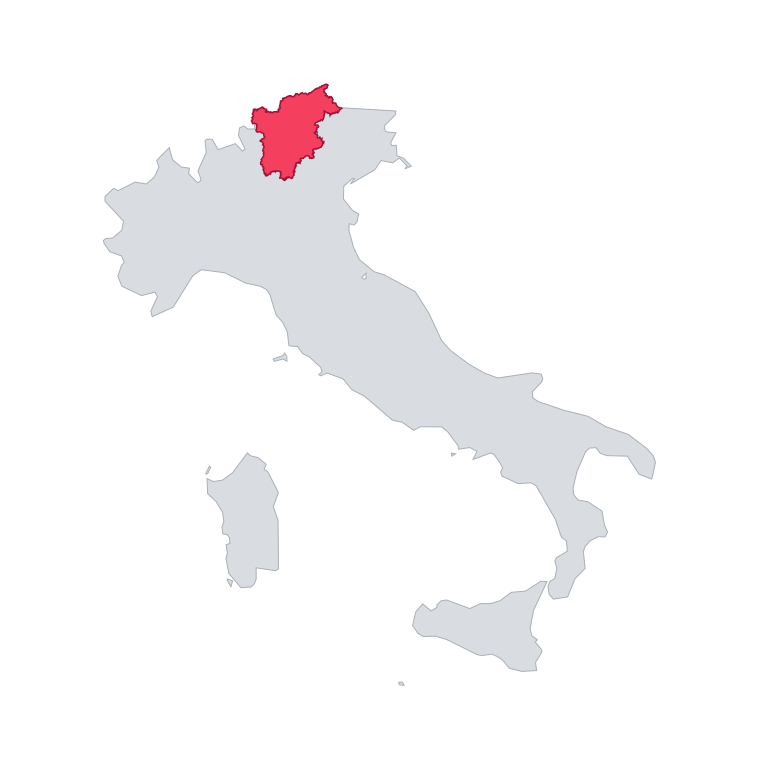 location of Trentino-Alto Adige, Bozen, Italy, rotated 352°
{"feature_id": "23120603B10307341449000", "entity_name": "Trentino-Alto Adige", "entity_type": "district", "adm_level": 2, "iso_a3": "ITA", "parent_name": "Italy", "parent_adm1": "Bozen", "projection": "mercator", "projection_center": [11.286, 46.382], "detail": "fine", "context": "in_parent", "style": "filled", "palette": "rose", "viewbox_px": 768, "rotation_deg": 352, "n_neighbors": 0, "source": "geoboundaries", "source_scale": "gbopen_adm2", "svg_char_len": 9600}
<svg xmlns="http://www.w3.org/2000/svg" viewBox="0 0 768 768"><g transform="rotate(352 384 384)"><path d="M143.3,152.7L147.9,155.5L165.8,149.4L176.6,152.9L185.5,147.0L191.3,137.9L190.0,131.0L204.2,120.0L205.8,132.6L213.7,141.1L221.4,143.2L219.7,148.3L227.3,158.7L230.3,157.7L231.3,155.8L229.4,147.1L240.2,130.0L240.6,118.2L242.6,116.9L247.9,117.7L252.3,128.8L270.2,125.3L276.3,133.7L279.1,132.1L274.5,117.7L276.6,110.3L281.3,108.9L284.6,112.5L291.5,113.4L291.9,109.1L290.1,106.2L292.5,93.5L302.8,94.6L308.9,99.2L316.0,99.0L322.1,88.9L326.9,86.4L350.0,85.7L367.2,79.6L368.5,81.0L365.5,85.8L366.5,89.0L376.7,103.8L433.7,115.3L432.8,118.9L420.7,128.1L419.7,131.6L421.6,134.7L430.8,136.9L424.4,145.6L424.5,148.8L429.4,149.3L428.6,159.8L434.7,163.0L441.3,172.1L434.6,173.8L437.3,171.3L430.6,162.4L423.5,166.2L412.2,162.3L404.6,170.7L378.6,181.2L383.1,176.4L381.2,176.3L371.7,182.5L369.6,195.2L376.9,207.6L382.5,212.1L379.9,219.6L376.5,222.5L371.9,220.4L370.6,227.1L373.0,245.0L377.0,257.5L389.8,271.4L399.2,275.8L427.8,296.9L438.3,320.3L447.2,349.4L454.7,360.3L470.3,375.7L484.4,386.9L497.6,393.9L532.2,393.6L540.9,396.1L542.0,400.9L540.3,404.1L530.0,412.1L529.4,418.5L534.3,422.9L557.7,434.7L581.7,444.5L597.9,457.3L618.8,467.9L635.0,484.2L640.8,492.7L641.9,499.3L637.8,510.7L635.7,515.4L624.1,508.9L614.9,489.3L594.5,485.9L588.4,482.6L585.1,476.6L578.6,476.0L574.1,479.2L562.9,497.5L556.8,513.2L556.4,519.6L559.7,525.7L569.6,529.1L582.2,540.3L582.6,554.0L584.8,561.8L581.5,566.2L575.1,565.0L566.6,567.8L560.6,572.8L558.1,577.6L557.5,594.6L546.0,603.4L536.2,620.4L521.8,620.6L518.3,615.3L518.2,607.5L520.7,602.7L526.0,600.5L529.6,590.4L528.5,583.2L530.6,580.0L542.3,575.1L542.9,564.9L538.4,560.3L534.8,541.8L520.4,505.8L515.7,502.3L503.1,501.3L488.1,491.7L487.2,487.7L489.7,483.8L488.0,478.5L483.3,469.3L480.1,467.1L461.6,471.1L466.8,463.7L460.2,458.9L448.7,458.9L448.8,455.6L440.7,440.6L435.2,434.5L414.0,431.4L407.1,434.0L396.7,424.5L387.2,420.9L363.1,393.5L351.4,385.2L344.0,373.1L329.2,365.2L322.4,367.1L320.8,365.6L324.3,363.2L323.6,358.6L313.6,346.5L307.7,342.6L303.6,334.8L295.2,333.0L295.5,318.9L292.3,308.9L286.7,300.4L283.5,280.0L281.0,274.2L274.9,269.9L261.1,264.9L241.9,251.7L219.1,245.4L209.8,250.1L186.0,278.5L163.8,285.1L163.3,279.2L171.8,266.0L170.0,261.1L156.2,262.7L138.0,250.7L135.5,240.1L140.6,229.9L143.7,227.5L142.0,220.7L130.9,214.9L126.4,205.9L126.1,202.8L129.0,201.2L135.5,201.7L145.7,195.3L148.7,186.5L133.2,164.2L133.8,159.6L143.3,152.7ZM380.9,277.0L381.7,271.7L377.0,275.0L378.3,277.5L380.9,277.0ZM517.9,602.4L500.5,629.1L494.6,647.0L495.3,653.8L500.3,658.7L497.8,660.6L503.1,669.0L503.1,671.3L495.3,680.8L495.2,689.0L480.5,687.8L468.6,683.0L462.7,673.5L458.0,669.5L453.0,666.4L442.7,666.6L438.1,664.6L410.7,645.9L400.0,640.9L387.6,639.5L382.7,635.4L378.7,627.2L383.6,614.3L391.7,607.1L399.0,615.3L405.4,612.6L405.7,610.0L410.2,606.7L415.9,606.6L437.6,618.3L448.9,615.0L459.3,616.3L468.8,614.7L481.1,608.0L495.4,608.8L511.9,601.1L517.9,602.4ZM256.8,454.9L264.3,476.8L257.3,490.0L260.1,504.3L253.8,552.3L250.5,553.8L231.8,548.2L230.3,559.2L227.9,563.7L224.2,566.5L214.0,565.8L204.0,550.1L203.2,534.6L205.3,530.0L205.4,521.0L209.3,520.5L209.6,514.4L207.4,511.1L203.6,510.0L203.6,503.1L206.3,497.9L206.3,488.6L201.2,476.8L194.1,468.1L195.6,453.1L201.6,456.9L210.7,456.7L221.5,451.0L239.2,433.2L241.6,436.4L249.1,439.4L256.1,447.1L253.4,452.0L256.8,454.9ZM290.0,339.5L291.6,343.1L291.0,348.0L287.4,345.2L278.5,346.3L277.6,343.8L288.4,341.6L290.0,339.5ZM206.7,557.9L204.2,563.4L201.4,556.1L201.8,555.2L206.7,557.9ZM200.8,442.2L196.8,448.4L194.8,448.2L199.7,441.1L200.8,442.2ZM362.0,685.2L357.2,684.0L357.0,681.4L360.8,681.8L362.0,685.2ZM445.1,463.1L441.0,464.8L441.2,461.8L445.1,463.1Z" fill="#d9dde1" stroke="#a8b0b8" stroke-width="1"/><path d="M308.7,158.2L311.2,159.5L311.4,159.8L310.9,160.3L310.8,161.3L311.3,162.1L311.0,162.3L310.9,162.8L310.5,162.8L310.3,164.1L309.8,164.6L309.5,165.6L311.1,165.7L311.7,166.2L312.7,166.5L313.1,166.8L312.5,167.5L313.5,168.4L313.9,168.4L314.1,167.7L314.7,167.6L315.1,166.7L315.2,167.0L314.9,168.0L315.9,167.3L315.8,167.1L316.2,166.8L316.0,166.3L316.6,166.1L316.8,165.6L317.0,165.6L317.0,166.4L318.1,166.4L318.7,165.6L319.1,166.2L320.4,167.2L321.3,167.0L321.6,167.1L321.6,167.4L322.3,167.0L322.3,166.2L322.6,165.7L324.1,164.4L323.9,163.7L324.1,162.7L323.8,161.4L324.6,161.7L325.2,161.5L324.7,160.9L325.0,160.5L324.6,160.4L324.5,159.7L325.1,158.9L325.8,158.5L325.9,157.5L326.7,157.0L326.9,155.7L326.5,155.6L327.0,155.1L327.4,155.3L327.1,154.3L327.6,154.0L327.7,153.2L328.1,153.3L328.3,153.1L329.5,153.2L329.3,152.3L329.4,151.9L329.5,152.6L329.9,152.4L330.2,153.1L331.5,153.7L331.3,153.0L331.9,152.7L331.9,151.6L332.9,151.6L333.0,151.1L332.5,149.7L332.5,149.1L335.7,149.2L336.7,148.2L337.3,148.2L337.5,147.5L338.1,147.4L339.7,147.2L341.4,147.6L341.8,150.0L342.3,149.8L342.9,150.1L343.3,149.8L343.7,150.0L343.6,150.5L345.6,150.3L346.1,150.0L346.0,149.1L346.3,148.7L345.7,147.9L345.6,147.4L345.6,147.2L345.3,147.0L345.9,146.3L345.6,146.2L345.3,145.7L345.8,145.2L347.0,145.2L346.9,144.6L346.2,143.9L346.0,143.2L346.1,142.2L346.9,142.4L347.5,141.6L348.5,141.4L349.0,141.4L349.3,142.0L349.9,141.4L350.2,141.6L351.7,141.6L351.9,141.3L354.7,140.7L355.6,139.7L355.5,139.4L356.4,138.7L356.2,138.3L356.7,137.6L356.7,137.0L357.6,137.4L357.6,136.6L358.1,136.3L358.2,135.5L357.1,135.6L356.5,134.4L355.9,134.0L356.7,132.4L356.4,132.5L355.6,132.0L355.1,132.2L354.8,131.7L354.9,130.9L354.8,130.5L353.8,131.0L352.7,131.1L352.2,130.2L352.9,128.8L352.5,128.4L352.5,127.6L351.2,127.1L351.2,126.5L350.2,126.1L350.0,125.5L350.7,124.9L351.2,125.1L351.7,124.9L352.0,124.4L352.7,125.1L352.5,123.7L352.6,122.9L353.0,122.3L352.7,121.9L353.1,121.4L353.3,120.7L354.2,120.8L355.0,120.2L354.9,118.8L354.4,118.4L351.7,118.0L351.5,117.5L351.8,116.6L353.2,115.5L355.0,115.1L356.0,114.5L357.4,114.7L357.6,114.1L358.3,113.8L359.2,113.7L359.7,114.5L361.0,112.7L361.3,111.7L361.8,111.2L361.9,110.3L361.7,109.8L362.0,109.6L362.1,109.1L362.6,108.9L362.8,107.7L363.0,107.6L362.7,106.9L362.9,106.5L362.8,105.5L364.4,106.5L365.3,107.4L365.8,107.5L366.1,108.1L366.8,107.9L367.2,108.1L367.7,108.9L368.3,108.9L368.1,110.6L369.0,109.7L370.3,109.2L370.4,108.7L371.1,108.4L371.5,108.9L372.1,109.1L373.1,109.1L373.5,108.7L373.5,108.4L374.4,108.5L374.5,108.2L374.9,108.7L375.4,109.0L376.5,108.8L376.7,108.5L376.2,107.9L376.3,107.6L377.4,107.5L378.7,105.9L380.6,105.2L380.4,104.8L379.0,104.7L378.3,104.0L377.8,103.9L376.5,102.9L375.8,101.4L375.3,99.2L373.2,98.6L372.1,98.7L372.0,98.1L372.5,97.4L372.1,96.6L373.1,95.4L373.1,95.0L372.7,94.8L372.4,94.0L372.5,93.4L371.8,93.0L371.9,92.6L371.7,92.2L370.3,91.8L369.9,92.5L369.4,92.5L369.2,92.9L368.4,92.0L368.5,91.5L368.1,90.8L367.2,90.6L366.8,90.8L366.1,90.3L366.5,90.1L367.1,88.8L366.7,88.0L365.8,87.6L365.5,87.2L365.8,86.0L365.3,85.8L365.4,85.3L365.1,84.4L366.2,83.3L367.0,83.7L367.6,83.2L368.7,83.1L369.2,82.0L369.2,81.1L370.2,80.4L369.6,79.6L367.9,79.0L366.8,79.6L365.7,79.7L365.0,80.2L364.0,79.9L363.4,80.5L363.1,81.1L361.7,80.9L360.7,81.9L358.9,81.7L358.4,82.3L357.8,82.1L357.5,82.7L356.8,82.5L356.1,82.8L355.1,83.8L353.7,84.3L352.7,85.3L350.3,85.4L349.6,86.6L348.8,86.8L348.0,86.6L347.2,85.3L346.2,85.1L345.2,85.4L343.9,84.7L343.6,84.1L341.9,84.6L341.6,84.8L341.6,85.0L339.8,85.9L338.6,84.5L337.1,84.2L336.8,84.7L336.7,85.2L336.0,85.4L335.5,86.4L333.9,87.1L332.9,86.7L331.9,85.5L331.3,85.5L331.0,85.8L330.2,85.3L329.7,85.9L329.0,85.7L327.7,86.1L327.4,86.5L325.9,86.8L325.3,87.2L324.8,86.8L324.0,87.2L323.4,87.1L323.4,88.0L323.6,88.4L323.5,88.6L322.4,89.5L321.3,89.3L321.1,89.5L321.0,90.2L320.5,90.4L320.5,91.8L319.4,94.2L319.5,94.8L319.4,95.2L319.7,95.4L319.9,96.2L318.8,97.0L318.0,97.3L318.2,97.5L317.8,98.0L317.3,99.8L316.9,99.4L315.7,99.7L315.2,99.3L313.0,99.2L311.2,99.9L310.6,99.8L310.5,99.3L309.9,99.2L309.4,98.7L309.0,98.8L308.7,99.3L308.2,99.1L307.0,97.8L305.8,98.5L304.6,98.4L304.4,97.7L305.2,97.3L305.5,96.7L306.0,96.1L305.6,95.5L304.3,95.2L304.0,94.6L303.0,94.3L303.1,93.6L302.0,93.1L301.9,92.8L301.2,93.3L298.7,93.9L298.4,94.4L296.6,95.2L297.0,94.5L295.5,94.7L294.3,94.5L294.3,94.3L294.2,94.4L293.7,93.9L293.2,94.1L293.3,94.5L293.0,94.9L293.1,95.3L292.7,95.6L292.7,96.6L292.4,97.3L291.5,97.8L291.2,98.3L292.0,99.4L292.0,100.6L290.2,101.8L291.0,102.8L290.9,103.4L290.3,103.6L289.9,104.6L289.4,104.9L289.9,105.8L289.8,106.7L290.3,108.0L292.2,107.7L294.2,109.3L293.9,110.0L294.0,110.4L293.8,110.7L294.0,110.9L293.9,111.7L293.5,112.4L293.6,112.9L293.4,113.8L292.8,114.0L292.5,114.6L292.7,115.9L293.5,116.9L293.9,117.0L294.3,116.7L296.7,117.1L297.9,118.3L298.9,118.6L299.8,119.9L299.6,120.2L299.7,121.9L300.0,122.4L300.3,122.8L299.2,123.8L299.2,124.2L297.5,124.3L296.3,125.2L296.5,125.5L296.3,125.8L295.4,125.7L295.2,126.3L297.4,127.5L297.4,128.3L298.0,129.3L297.1,130.3L297.8,130.7L298.3,132.6L297.5,133.4L297.6,134.1L296.8,135.1L296.3,136.1L297.4,137.6L297.0,138.0L296.9,138.7L296.6,139.0L296.8,139.4L296.7,140.7L296.4,141.6L295.5,142.5L295.3,143.0L294.2,143.9L293.7,144.5L293.6,144.8L293.9,145.2L293.9,146.5L293.3,146.7L292.7,147.4L292.5,148.7L292.5,149.5L293.6,149.9L294.1,149.8L293.9,151.5L294.2,151.7L294.2,152.2L294.9,152.7L295.0,153.1L294.9,154.0L294.3,154.3L294.4,154.7L294.1,155.1L294.2,155.4L294.7,155.8L294.6,156.9L294.9,158.0L294.6,158.6L294.9,159.1L295.8,158.9L296.4,159.4L295.7,160.2L296.1,160.4L295.9,160.8L296.2,161.1L296.0,161.3L296.7,161.6L298.0,161.2L298.3,160.8L299.4,160.2L300.4,160.1L300.8,160.4L301.1,159.4L301.4,159.1L301.2,158.5L302.2,158.6L303.2,157.9L303.7,158.3L304.8,157.9L305.5,158.2L305.7,158.7L306.0,158.0L306.5,157.8L307.2,158.5L308.7,158.2Z" fill="#f43f5e" stroke="#9f1239" stroke-width="1.5"/></g></svg>